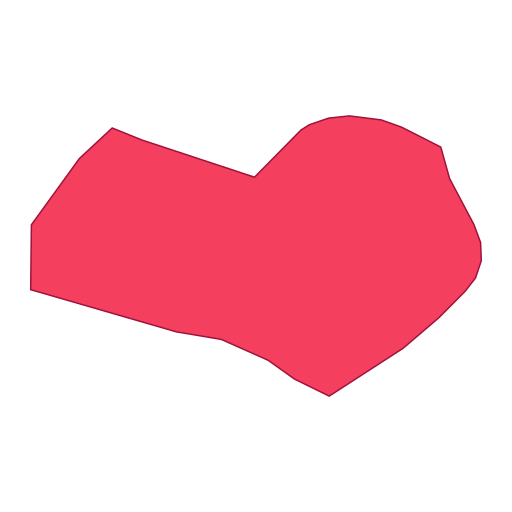 SVG path tracing the border of Orhon
{"feature_id": "MNG-3324", "entity_name": "Orhon", "entity_type": "Municipality", "adm_level": 1, "iso_a3": "MNG", "parent_name": "Mongolia", "parent_adm1": "", "projection": "albers", "projection_center": [104.363, 49.015], "detail": "fine", "context": "isolated", "style": "filled", "palette": "rose", "viewbox_px": 512, "rotation_deg": 0, "n_neighbors": 0, "source": "natural_earth", "source_scale": "10m", "svg_char_len": 453}
<svg xmlns="http://www.w3.org/2000/svg" viewBox="0 0 512 512"><path d="M440.8,147.1L449.6,178.6L473.9,224.5L480.6,242.5L481.3,260.7L475.5,278.0L465.2,291.2L439.0,317.6L403.2,348.2L329.2,396.1L294.5,379.1L268.0,360.2L221.2,339.4L176.5,331.9L30.7,289.7L31.4,224.8L79.4,158.5L112.2,128.0L141.6,139.9L254.5,177.2L301.0,130.0L309.4,124.7L328.7,118.1L349.3,115.9L381.2,119.9L401.7,127.2L440.8,147.1Z" fill="#f43f5e" stroke="#9f1239" stroke-width="1.5"/></svg>